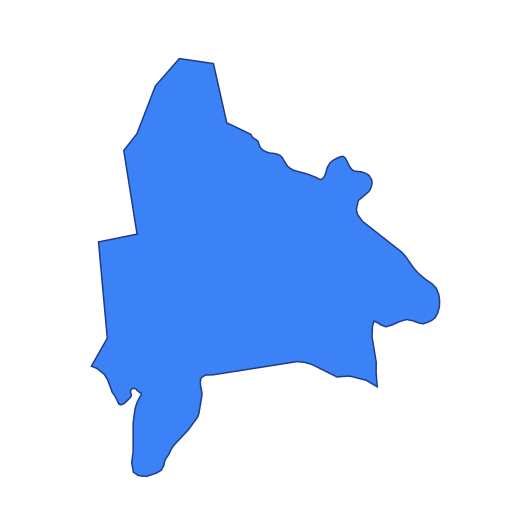 the border of Santo Domingo de los Tsáchilas, rotated 263°
{"feature_id": "ECU-5508", "entity_name": "Santo Domingo de los Tsáchilas", "entity_type": "Province", "adm_level": 1, "iso_a3": "ECU", "parent_name": "Ecuador", "parent_adm1": "", "projection": "albers", "projection_center": [-79.253, -0.324], "detail": "fine", "context": "isolated", "style": "filled", "palette": "blue", "viewbox_px": 512, "rotation_deg": 263, "n_neighbors": 0, "source": "natural_earth", "source_scale": "10m", "svg_char_len": 1853}
<svg xmlns="http://www.w3.org/2000/svg" viewBox="0 0 512 512"><g transform="rotate(263 256 256)"><path d="M377.3,265.8L374.6,266.7L372.9,268.3L371.5,270.2L369.7,271.9L364.4,273.0L362.4,274.0L360.0,276.0L357.9,279.2L356.4,282.6L355.6,286.4L354.5,289.6L353.0,292.0L350.9,293.8L342.9,297.4L340.7,298.7L338.7,300.8L336.6,303.6L330.9,317.4L326.6,325.4L324.6,327.9L324.0,330.1L325.1,332.2L327.8,334.3L335.7,337.9L339.4,340.8L341.7,344.4L343.3,348.4L344.3,352.0L344.3,354.6L342.6,356.3L339.3,357.8L333.9,359.6L330.4,361.5L328.3,363.9L326.7,370.8L324.9,374.5L322.3,378.0L317.5,380.1L314.0,380.1L310.5,378.8L307.6,377.1L305.9,375.4L298.6,364.3L290.0,361.3L285.0,361.8L277.3,366.0L242.1,401.1L237.0,404.6L224.5,411.2L218.3,415.6L211.9,421.7L206.8,427.5L202.0,431.0L195.6,432.7L189.4,432.8L183.4,431.9L177.7,429.6L173.0,426.4L170.6,422.4L169.3,418.4L168.3,413.7L169.6,409.6L172.8,403.3L174.6,397.7L173.5,390.7L171.0,382.8L169.9,376.3L172.3,371.8L175.1,368.3L177.1,365.4L172.4,363.1L161.9,361.3L135.9,362.4L125.4,361.0L111.4,360.4L119.2,350.2L124.7,336.3L125.6,332.4L126.1,321.6L141.6,298.2L144.6,291.1L146.2,284.0L143.3,199.0L144.0,191.1L141.7,186.7L137.6,185.3L134.2,185.2L126.5,185.7L123.4,185.1L106.6,180.1L103.4,178.6L91.2,167.1L78.9,152.2L75.3,148.8L69.4,145.0L65.2,141.2L62.5,140.0L59.1,138.9L54.8,135.7L52.6,130.5L50.7,121.0L51.5,115.6L52.6,112.3L56.3,108.0L66.0,107.4L76.2,110.1L105.2,113.7L119.0,117.3L124.0,119.5L127.6,121.6L132.3,125.2L133.7,125.4L135.2,123.4L136.8,121.8L139.1,120.3L139.6,117.4L138.5,115.8L136.6,114.8L135.1,115.0L133.7,115.4L132.4,115.3L130.7,113.9L125.6,107.2L124.7,104.1L125.5,102.0L134.1,99.0L138.3,96.7L151.3,93.6L157.3,90.8L163.8,84.4L166.7,79.2L192.6,98.4L289.2,101.4L292.2,140.6L376.8,137.6L391.8,152.7L437.1,176.9L461.3,204.0L452.2,237.2L391.8,243.2L377.3,265.8Z" fill="#3b82f6" stroke="#1e3a8a" stroke-width="1.5"/></g></svg>